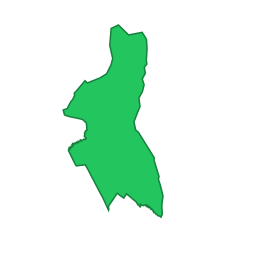 Lodes pag., Rujienas, Latvia (Equal Earth projection), rotated 57°
{"feature_id": "27541924B78787433075156", "entity_name": "Lodes pag.", "entity_type": "district", "adm_level": 2, "iso_a3": "LVA", "parent_name": "Latvia", "parent_adm1": "Rujienas", "projection": "equal_earth", "projection_center": [25.378, 58.024], "detail": "fine", "context": "isolated", "style": "filled", "palette": "green", "viewbox_px": 256, "rotation_deg": 57, "n_neighbors": 0, "source": "geoboundaries", "source_scale": "gbopen_adm2", "svg_char_len": 4684}
<svg xmlns="http://www.w3.org/2000/svg" viewBox="0 0 256 256"><g transform="rotate(57 128 128)"><path d="M82.4,174.1L83.3,173.6L85.9,171.5L86.3,171.1L87.4,170.1L91.1,166.3L95.1,162.4L96.3,161.4L100.1,160.5L101.5,160.3L105.4,162.5L107.6,163.8L107.5,164.3L107.3,164.8L107.2,164.9L107.7,165.7L108.0,166.1L108.2,166.3L108.1,166.5L108.3,166.8L108.5,166.9L108.6,167.0L108.9,167.0L109.0,167.1L109.1,167.3L109.1,167.6L109.3,167.7L109.9,167.8L110.2,167.9L110.3,168.0L110.5,168.3L110.8,168.9L111.0,169.1L111.4,169.2L111.8,169.1L112.2,168.9L112.7,168.7L113.2,168.6L113.4,168.7L113.5,168.7L114.0,168.9L114.1,169.0L114.2,169.3L114.1,169.6L114.3,169.8L114.6,169.9L114.6,170.1L114.3,170.3L113.6,170.6L113.4,170.8L113.3,171.1L113.2,171.2L113.3,171.5L113.4,171.8L113.5,172.3L113.6,172.7L113.6,172.8L113.6,173.0L113.3,173.3L113.5,173.7L113.6,173.9L113.5,174.0L113.4,174.1L112.9,174.1L112.3,174.1L112.0,174.3L112.0,174.6L112.5,174.9L112.8,175.2L112.9,175.3L113.0,175.6L112.9,175.7L112.9,176.0L112.8,176.3L112.7,176.4L112.3,176.7L112.0,176.9L111.9,177.0L112.1,177.2L112.3,177.2L112.6,177.0L112.8,177.0L113.0,177.1L113.0,177.6L113.2,177.8L113.2,178.0L112.9,178.3L112.6,178.5L112.4,178.5L112.0,178.6L111.9,178.7L111.8,178.8L112.0,179.3L112.0,179.5L112.1,179.8L112.5,179.9L112.6,180.0L112.2,180.3L111.9,180.4L111.8,180.5L111.7,180.6L111.8,180.7L111.8,180.8L112.0,180.8L112.1,181.0L111.7,181.1L111.7,181.4L112.1,181.7L112.2,181.8L112.0,182.0L111.7,181.9L111.6,182.0L111.4,182.2L111.4,182.3L111.6,182.4L111.7,182.6L111.3,182.7L111.0,182.7L110.9,182.7L110.8,182.8L111.0,182.9L111.5,183.4L111.7,183.5L111.8,183.7L111.7,183.8L111.4,183.9L111.4,184.0L111.5,184.1L111.8,184.1L112.0,184.1L112.8,184.0L113.1,184.0L113.3,184.1L113.3,184.3L113.3,184.5L113.2,184.7L113.2,184.8L113.1,185.0L113.2,185.3L113.1,185.5L112.8,185.6L112.8,185.8L112.7,185.8L112.9,186.0L113.2,186.1L113.3,186.3L113.2,186.5L112.9,186.5L112.6,186.6L112.4,186.9L112.4,187.0L112.5,187.0L113.1,187.1L113.5,187.2L113.6,187.3L113.9,187.6L114.1,187.7L114.0,187.8L113.9,187.9L113.7,188.0L113.4,188.0L113.2,188.0L112.8,188.2L112.7,188.3L112.6,188.5L113.0,188.7L113.3,188.6L113.5,188.5L113.8,188.6L113.8,188.9L113.8,189.1L113.8,189.4L113.7,189.5L113.8,189.7L113.9,189.8L114.4,189.7L114.5,189.8L114.5,190.0L114.4,190.1L114.5,190.2L128.3,191.9L131.6,192.0L132.4,190.4L133.8,187.5L134.8,185.5L135.7,183.8L136.9,184.0L138.9,184.1L141.5,184.2L143.7,184.5L144.8,184.5L146.0,184.7L148.5,185.0L155.2,185.5L156.1,185.7L162.1,186.2L164.5,186.5L168.5,186.8L172.1,187.0L174.5,187.4L176.4,187.6L186.3,189.1L185.6,188.3L185.4,188.2L185.2,188.1L184.0,187.5L183.6,187.3L183.2,187.0L183.1,186.9L182.8,186.8L180.8,181.8L177.8,174.8L177.7,174.7L176.9,172.6L177.6,172.3L177.9,172.2L178.7,172.0L183.4,170.2L184.5,169.6L183.8,168.2L183.5,167.6L182.8,165.8L182.3,165.1L194.5,161.4L197.9,161.5L197.9,161.1L200.8,160.8L200.5,160.0L198.8,159.1L199.1,159.0L199.3,159.2L199.5,159.2L199.8,158.7L200.0,158.5L200.1,158.3L200.5,158.1L201.0,157.8L201.0,157.7L201.2,157.4L201.4,157.3L201.6,157.2L201.5,156.7L201.6,156.1L201.6,155.9L201.7,155.7L201.8,155.4L202.6,155.4L202.9,155.4L203.0,155.4L202.9,155.3L202.7,155.2L202.8,155.0L203.1,155.0L203.2,154.9L202.9,154.7L203.2,153.9L203.3,153.8L203.7,153.7L203.9,153.7L204.0,153.8L204.1,154.3L204.2,154.5L204.6,154.5L205.5,154.3L205.9,154.2L206.0,154.1L206.1,153.8L206.1,153.7L205.6,153.5L205.4,153.5L205.3,153.4L205.4,153.0L205.5,152.9L206.7,152.7L207.1,152.6L207.3,152.7L207.4,152.8L207.6,152.9L207.6,153.1L208.0,153.2L208.3,153.2L208.6,153.1L208.8,153.0L208.9,152.9L208.2,152.4L208.6,152.2L209.2,152.1L209.5,152.0L209.8,152.0L210.1,152.1L210.9,152.3L211.0,152.3L211.5,151.8L211.6,151.7L211.8,151.7L212.4,152.3L212.6,152.3L212.8,152.4L213.0,152.4L213.2,152.2L213.3,151.9L213.4,151.7L213.6,151.6L213.8,151.6L214.5,151.5L214.9,151.4L215.0,151.3L215.4,151.4L215.7,151.5L215.8,151.5L216.4,150.9L216.6,150.8L216.8,150.7L217.4,150.7L218.0,150.6L218.2,150.4L218.5,150.0L218.6,149.8L219.3,149.5L219.3,149.4L219.4,149.2L219.5,149.1L219.8,149.0L220.1,149.2L220.5,149.0L220.5,148.9L220.3,148.9L220.7,148.8L220.5,148.5L219.1,146.3L211.5,141.9L203.9,135.6L193.5,132.0L187.5,130.4L185.6,128.4L169.5,123.8L167.0,122.2L137.4,121.6L133.8,122.6L126.1,119.7L120.1,111.4L116.5,106.2L108.8,102.5L105.4,96.2L100.6,91.0L94.6,89.3L91.5,83.6L85.9,81.2L84.7,77.4L81.1,75.7L72.0,68.9L63.6,64.2L55.5,64.0L50.3,76.8L36.4,79.9L35.3,87.9L48.8,98.3L61.4,103.0L65.7,107.7L70.9,116.5L70.7,124.4L68.1,137.5L64.9,138.3L69.0,151.7L69.5,154.0L71.7,155.2L71.8,155.3L73.5,158.2L73.6,158.5L74.1,159.3L75.0,162.1L76.9,165.5L78.6,168.4L78.6,168.5L78.5,168.8L78.3,169.7L78.0,170.8L77.9,171.3L77.6,172.5L77.9,172.6L82.4,174.1Z" fill="#22c55e" stroke="#15803d" stroke-width="1.5"/></g></svg>